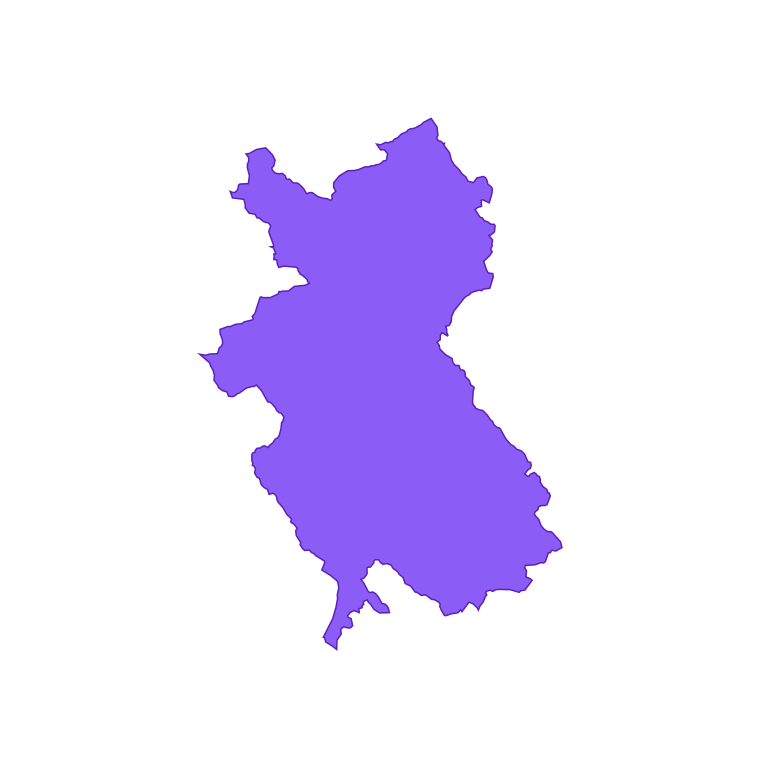 Vu Quang, Ha Tinh, Vietnam, rotated 301°
{"feature_id": "81297802B66107700635107", "entity_name": "Vu Quang", "entity_type": "district", "adm_level": 2, "iso_a3": "VNM", "parent_name": "Vietnam", "parent_adm1": "Ha Tinh", "projection": "albers", "projection_center": [105.465, 18.324], "detail": "fine", "context": "isolated", "style": "filled", "palette": "violet", "viewbox_px": 768, "rotation_deg": 301, "n_neighbors": 0, "source": "geoboundaries", "source_scale": "gbopen_adm2", "svg_char_len": 6171}
<svg xmlns="http://www.w3.org/2000/svg" viewBox="0 0 768 768"><g transform="rotate(301 384 384)"><path d="M510.1,147.2L508.5,151.2L505.1,153.4L502.4,153.6L499.1,155.4L493.3,161.3L485.9,164.5L481.1,157.4L479.5,156.9L475.5,158.5L472.0,157.9L470.3,155.9L469.9,153.0L465.5,158.3L470.1,168.8L466.2,172.8L463.5,174.3L460.9,180.4L463.1,185.9L461.0,189.7L462.0,191.0L461.2,196.7L461.6,199.6L462.5,201.6L461.8,204.3L460.5,205.7L455.9,206.5L454.3,207.7L445.9,218.2L445.1,218.4L443.3,216.3L443.7,219.2L440.9,222.9L439.9,224.1L438.7,222.6L436.4,224.5L434.3,225.0L434.0,226.1L434.8,226.9L434.9,228.5L432.0,230.6L429.7,233.9L433.4,237.3L438.7,248.2L438.7,250.6L436.3,252.7L436.2,254.0L435.0,255.4L435.1,258.1L434.0,264.4L432.6,265.4L431.8,268.0L428.1,265.7L421.3,256.7L414.7,254.3L410.8,248.5L409.4,247.8L409.3,246.4L406.6,246.9L399.6,242.1L395.9,236.2L395.4,233.9L394.5,233.1L378.1,237.0L373.9,236.2L372.9,238.2L371.2,238.2L365.3,232.2L362.4,231.0L358.6,225.9L353.9,222.5L353.0,220.7L346.3,215.3L342.7,217.6L339.2,222.2L335.7,224.8L332.1,225.1L330.3,224.1L324.2,225.7L319.8,219.0L316.8,216.4L314.6,210.7L312.3,223.9L310.2,225.9L308.2,229.8L304.2,234.1L299.7,236.3L297.2,242.1L295.7,243.9L295.1,248.9L296.3,253.4L293.4,257.0L295.1,260.7L297.8,262.7L299.8,263.0L301.8,264.7L309.5,268.0L314.2,272.5L314.8,273.9L317.4,275.1L315.2,282.4L308.8,293.5L309.7,295.6L309.5,297.6L307.9,302.8L306.0,305.6L305.4,308.8L306.1,311.1L304.2,315.1L299.7,316.6L298.4,316.0L292.7,318.7L285.4,320.8L282.9,320.4L280.5,319.1L276.4,319.0L272.2,317.4L270.0,317.5L269.5,313.4L268.1,312.0L265.5,310.9L263.4,308.2L260.8,307.8L259.2,308.5L257.0,306.8L254.7,307.4L249.8,310.6L248.6,312.4L246.6,312.9L246.5,315.1L245.1,317.5L241.2,318.8L238.8,322.9L238.8,326.1L234.6,330.5L233.5,334.5L233.6,338.4L230.2,342.4L233.0,345.0L233.4,346.7L232.1,349.8L229.5,352.1L228.1,354.3L225.9,361.2L222.1,367.9L220.7,374.2L218.1,374.9L217.4,375.7L217.6,378.3L215.8,383.8L212.8,383.9L208.9,386.9L205.1,394.3L203.0,394.9L200.8,399.5L200.5,402.0L203.2,405.3L202.2,408.5L202.5,411.5L201.7,413.9L201.6,424.1L200.2,425.2L192.5,426.5L192.4,436.6L191.2,444.7L190.3,446.7L185.8,450.3L179.2,452.5L176.2,454.7L168.1,457.8L156.5,460.9L135.6,462.4L135.9,463.7L132.8,467.0L132.8,474.0L132.1,480.2L140.0,475.7L147.7,476.1L151.0,473.6L152.3,473.5L155.1,474.5L156.3,478.6L157.7,480.9L160.7,481.6L165.9,476.7L165.6,473.4L166.8,472.2L170.4,472.7L174.3,474.8L175.3,480.5L178.5,478.2L180.7,480.3L181.5,480.3L182.0,479.2L184.7,480.2L185.8,478.7L187.9,478.9L190.4,480.9L189.0,482.7L188.0,486.8L185.6,491.6L185.6,498.4L190.8,506.4L194.2,503.0L195.3,500.9L195.8,498.6L195.0,495.0L198.7,488.6L200.0,484.7L199.9,481.4L198.1,479.5L197.8,477.7L202.9,469.4L204.7,464.8L207.5,466.9L211.3,467.3L212.9,467.1L217.5,464.2L218.3,464.3L220.2,466.7L225.3,467.4L227.1,466.5L228.8,466.9L230.6,470.1L229.3,472.5L228.9,475.7L231.6,479.1L232.4,483.5L230.5,487.0L230.2,492.1L228.6,495.3L228.1,499.8L223.9,504.9L224.5,511.0L221.7,517.9L222.5,520.4L221.9,524.7L224.7,528.4L223.9,535.8L225.1,538.2L225.2,543.2L224.2,545.5L221.9,546.5L219.6,549.7L216.8,554.9L217.2,556.3L221.7,560.1L226.1,565.3L229.9,566.0L229.0,568.1L240.7,569.2L241.5,573.5L240.0,579.6L238.8,581.3L243.3,580.6L248.1,581.3L254.0,580.4L256.2,580.7L257.4,578.6L259.5,578.9L262.0,581.4L262.3,584.1L265.0,585.5L266.9,587.9L272.8,598.3L275.0,607.1L277.5,607.9L279.9,610.9L292.0,612.1L292.4,610.1L291.8,604.9L297.3,602.4L299.0,599.2L301.4,598.7L306.8,606.6L311.8,610.6L312.8,613.1L314.7,613.8L323.9,611.9L325.2,613.6L326.4,613.2L328.2,613.9L329.2,617.2L335.4,620.8L339.6,616.7L343.4,604.5L343.4,603.1L341.6,599.8L342.1,595.4L343.5,591.6L347.7,586.3L349.0,581.5L350.2,579.8L352.0,579.3L355.7,580.7L358.2,579.7L360.9,581.5L362.6,584.4L364.6,585.9L373.8,584.2L375.7,581.7L375.2,580.3L377.4,578.1L378.1,572.7L380.5,568.3L382.2,567.7L384.8,564.9L384.2,562.6L385.3,560.9L385.5,558.3L382.0,555.9L379.8,555.7L378.9,554.8L379.3,551.0L384.6,551.6L387.1,552.9L390.0,552.2L392.4,549.9L391.4,547.6L396.3,540.5L397.4,536.2L396.4,531.1L397.6,527.5L397.4,523.9L399.9,516.3L405.3,507.0L405.8,505.1L405.0,503.4L405.6,499.4L407.8,496.4L408.3,493.4L410.5,488.7L412.2,482.0L411.0,479.5L410.4,475.0L411.4,473.7L412.2,471.0L414.3,469.1L423.6,464.2L427.1,463.3L427.7,462.4L427.9,459.0L431.0,455.1L432.3,449.8L435.4,447.8L436.7,445.7L436.5,444.0L435.5,442.5L436.6,440.6L438.3,439.4L438.2,438.0L436.6,435.7L437.9,432.0L440.9,429.3L440.8,421.6L442.7,413.9L445.7,411.3L447.2,407.9L450.9,409.4L454.5,407.3L457.9,407.2L457.9,413.6L458.7,413.7L460.6,411.1L463.3,409.5L465.3,407.1L467.4,409.5L468.7,409.8L472.2,409.4L476.7,407.2L482.7,406.4L498.9,408.5L501.4,409.2L504.6,411.2L507.0,411.6L508.8,412.9L513.6,417.4L514.3,419.8L516.4,420.1L520.4,425.3L521.0,425.3L532.0,422.5L534.7,420.4L532.9,416.2L534.6,413.1L540.5,406.3L548.6,408.5L553.1,408.6L554.6,405.9L558.2,405.6L559.8,404.3L563.4,402.9L565.5,396.8L565.7,398.0L567.8,399.3L571.4,400.3L576.7,397.8L577.7,396.4L576.0,393.3L576.4,389.7L575.7,385.8L577.0,382.7L576.5,380.1L580.4,372.3L583.5,373.3L586.5,376.1L591.6,372.7L592.8,373.8L593.5,380.9L602.5,378.5L607.0,376.5L608.2,374.7L608.8,370.1L611.9,367.0L613.1,364.6L613.1,362.3L608.6,357.6L602.7,356.9L601.1,351.3L603.6,347.8L604.3,342.5L606.2,338.6L608.2,330.8L610.9,326.1L615.9,321.2L619.6,312.2L621.5,311.8L620.5,310.2L621.2,308.8L621.2,306.9L620.5,305.7L621.1,303.9L622.0,302.4L624.9,302.2L631.6,297.0L635.9,287.6L628.6,283.1L625.3,282.3L619.0,278.4L616.1,275.0L613.8,273.6L611.7,273.4L607.4,270.2L602.0,268.8L599.4,266.9L595.9,266.3L595.5,265.1L593.1,263.6L591.9,260.9L587.4,258.0L585.8,254.1L582.9,260.4L584.9,263.6L583.3,268.4L577.3,270.7L576.4,270.4L574.8,268.5L572.1,267.9L569.4,266.4L568.2,264.6L565.5,262.5L564.2,260.3L562.6,259.5L560.3,255.8L554.9,251.9L552.1,249.1L548.0,243.0L539.3,238.5L530.7,237.2L526.7,239.4L524.4,243.4L519.1,241.9L516.0,244.2L514.7,244.1L513.7,242.7L513.7,240.1L511.8,236.0L510.6,230.9L511.1,223.8L510.0,222.0L507.2,219.5L510.1,214.5L511.6,208.2L511.6,206.1L509.6,202.7L511.0,197.5L509.3,194.8L511.7,192.1L512.1,188.3L509.6,184.9L508.8,181.5L510.0,177.8L511.6,176.5L514.3,177.2L519.8,175.4L523.0,170.3L525.5,160.9L519.4,154.0L512.5,150.0L510.1,147.2Z" fill="#8b5cf6" stroke="#5b21b6" stroke-width="1.5"/></g></svg>